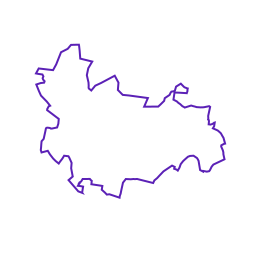 outline of Bichi, Kano, Nigeria, rotated 11°
{"feature_id": "59680162B73114171000075", "entity_name": "Bichi", "entity_type": "district", "adm_level": 2, "iso_a3": "NGA", "parent_name": "Nigeria", "parent_adm1": "Kano", "projection": "orthographic", "projection_center": [8.292, 12.285], "detail": "fine", "context": "isolated", "style": "outline", "palette": "violet", "viewbox_px": 256, "rotation_deg": 11, "n_neighbors": 0, "source": "geoboundaries", "source_scale": "gbopen_adm2", "svg_char_len": 2793}
<svg xmlns="http://www.w3.org/2000/svg" viewBox="0 0 256 256"><g transform="rotate(11 128 128)"><path d="M228.7,140.3L226.7,135.7L226.2,133.6L225.4,131.9L223.0,128.4L222.9,127.2L225.2,125.3L226.3,124.8L223.6,119.4L222.3,118.0L220.2,115.5L218.3,114.3L216.5,113.3L211.4,112.1L212.2,109.9L212.1,106.1L211.5,106.4L211.3,106.8L210.1,107.9L209.7,108.2L208.0,109.0L207.3,108.9L206.5,109.0L206.2,106.0L205.8,104.8L205.0,104.4L205.0,103.2L204.4,100.9L204.6,91.6L203.5,91.1L198.4,93.2L195.4,93.9L191.4,94.4L189.5,94.2L187.6,94.1L185.7,93.9L179.8,97.1L179.2,96.8L177.2,96.2L174.7,94.6L172.6,93.7L170.9,92.6L167.2,91.5L166.9,84.3L171.3,83.6L177.5,82.8L178.0,82.7L178.3,82.7L178.7,82.6L179.0,82.6L179.0,82.4L179.1,82.2L179.1,81.9L179.2,81.4L179.3,81.0L179.3,80.6L179.3,80.4L179.3,80.2L179.2,80.0L179.2,79.7L179.1,79.4L179.1,78.7L179.1,78.2L179.1,77.8L178.2,77.8L178.0,77.7L177.6,77.6L175.8,77.3L175.0,76.9L171.4,74.4L167.3,78.2L167.0,81.3L166.9,82.3L166.3,82.9L165.7,83.3L163.7,84.0L163.1,85.2L162.5,87.6L158.4,91.7L158.3,94.5L155.2,99.0L153.6,101.2L139.8,104.0L141.8,94.8L122.7,95.9L116.5,96.5L110.8,92.6L110.0,85.3L105.0,79.2L92.9,89.0L87.8,92.7L84.8,98.2L82.0,96.7L81.6,95.8L81.3,93.8L80.9,92.3L80.6,91.0L77.5,84.0L77.6,76.9L80.2,69.6L67.9,69.0L65.8,61.4L64.3,56.6L63.9,55.6L59.7,56.5L56.2,57.3L53.7,61.8L47.8,66.4L45.4,79.2L43.4,85.5L29.0,86.6L27.3,92.0L29.8,92.0L33.8,91.8L35.1,93.5L34.7,95.4L35.1,96.1L35.6,96.8L36.4,97.4L37.2,98.0L37.0,99.5L33.8,100.5L29.7,102.8L33.5,108.7L36.4,112.8L43.3,117.6L47.3,121.0L46.0,121.9L45.1,124.8L45.2,125.9L58.3,132.3L58.8,137.1L58.3,141.0L53.6,143.0L52.8,143.2L52.5,143.3L51.8,143.0L51.1,142.9L49.1,143.0L47.9,143.4L47.5,144.2L47.5,145.2L47.5,146.6L47.3,154.8L45.7,157.5L45.8,158.7L46.0,160.6L46.4,163.9L46.6,166.3L47.8,168.5L53.6,165.7L56.4,168.8L60.4,172.3L63.4,174.3L66.8,176.1L67.5,174.4L69.4,170.6L70.6,167.4L74.9,167.1L75.9,168.2L79.3,173.0L79.9,178.4L83.0,186.2L79.6,190.5L91.3,199.7L95.5,200.4L95.3,200.2L95.1,194.1L93.2,194.1L92.3,194.1L89.9,194.3L90.3,193.1L90.6,192.3L90.8,192.0L90.4,191.9L90.8,190.7L92.2,189.5L93.2,186.7L100.3,185.3L100.7,185.6L100.8,185.8L102.3,186.7L102.5,186.8L102.8,190.2L112.5,189.8L113.9,189.8L114.0,193.6L117.7,195.8L119.9,197.4L122.4,196.6L133.0,198.0L132.9,196.1L133.3,193.9L133.3,190.8L133.5,182.6L135.6,178.5L140.5,177.8L143.2,177.0L144.5,176.9L146.6,176.3L163.2,177.2L163.9,174.4L166.2,171.6L167.9,168.8L171.1,163.8L178.4,156.5L181.3,157.3L181.1,158.6L181.1,159.2L182.7,159.4L183.7,159.6L185.0,160.3L185.5,158.8L186.1,157.1L186.5,154.3L186.7,153.3L188.4,150.0L189.4,148.6L192.3,144.8L194.2,143.6L197.6,142.7L201.4,144.3L202.3,145.2L203.5,146.7L206.8,155.5L210.1,156.5L210.1,155.8L213.7,155.8L215.9,154.9L216.5,153.7L216.9,152.2L217.5,150.0L218.8,147.6L228.7,140.3Z" fill="none" stroke="#5b21b6" stroke-width="2"/></g></svg>